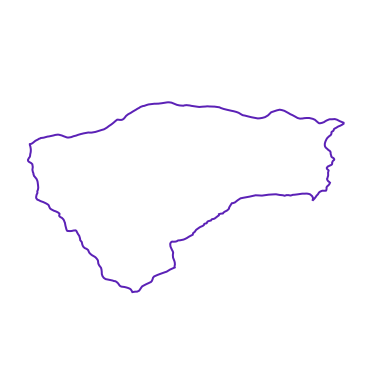 the district of Cabrera, Santander, Colombia, rotated 83°
{"feature_id": "7082276B49425072231481", "entity_name": "Cabrera", "entity_type": "district", "adm_level": 2, "iso_a3": "COL", "parent_name": "Colombia", "parent_adm1": "Santander", "projection": "robinson", "projection_center": [-73.249, 6.569], "detail": "fine", "context": "isolated", "style": "outline", "palette": "violet", "viewbox_px": 384, "rotation_deg": 83, "n_neighbors": 0, "source": "geoboundaries", "source_scale": "gbopen_adm2", "svg_char_len": 6007}
<svg xmlns="http://www.w3.org/2000/svg" viewBox="0 0 384 384"><g transform="rotate(83 192 192)"><path d="M141.7,33.1L139.7,36.7L137.9,39.3L137.0,41.4L136.9,43.6L136.6,46.7L137.3,49.3L137.9,50.9L138.7,52.4L139.2,54.5L139.4,56.7L139.1,57.7L138.0,58.8L135.3,61.2L134.1,63.2L132.8,66.7L132.5,69.4L132.4,71.4L132.5,73.7L132.3,76.0L131.4,78.2L129.6,80.6L127.9,83.0L126.7,85.0L125.5,86.5L124.0,88.6L122.7,90.4L121.7,92.7L121.0,94.9L121.3,97.8L122.5,103.7L123.9,105.5L125.2,107.2L126.6,110.4L127.0,113.1L127.1,115.7L127.0,117.7L125.1,123.7L123.7,127.4L122.6,130.2L121.9,132.4L120.7,134.0L119.1,136.0L118.0,138.1L116.9,140.8L116.1,143.2L114.7,147.1L113.4,150.5L112.1,153.2L111.3,154.4L110.6,157.0L110.0,159.3L109.6,161.9L109.2,164.4L108.8,166.4L108.8,168.1L108.6,171.2L108.5,174.4L107.9,176.7L106.4,182.2L105.9,183.5L105.1,186.9L105.1,189.0L105.3,190.1L104.9,192.1L104.5,194.0L103.6,196.5L102.4,198.6L100.8,201.5L100.4,203.0L100.1,204.3L100.0,205.7L100.2,211.2L100.2,214.8L99.8,218.8L99.8,221.7L99.8,224.5L100.1,226.3L100.7,229.0L100.7,230.2L101.3,232.8L102.0,234.1L102.8,236.2L103.4,237.4L104.9,240.9L106.2,243.6L106.4,244.2L107.0,245.8L108.4,248.1L109.4,249.1L110.1,249.8L110.7,250.5L111.1,251.0L111.5,251.8L111.8,252.8L111.8,253.6L111.6,255.1L111.2,256.5L111.1,257.4L112.0,259.0L112.9,260.3L113.9,261.8L115.1,263.8L116.4,266.4L117.7,268.6L118.6,270.6L119.1,271.9L119.4,274.0L120.0,277.2L120.6,280.5L120.7,282.5L120.8,284.3L120.6,286.2L120.3,287.6L120.4,289.2L120.6,292.5L120.8,294.0L120.9,295.1L121.4,298.2L121.9,300.2L122.2,302.8L122.8,305.2L122.9,307.8L122.8,308.8L122.5,309.7L120.9,312.8L120.0,314.4L119.3,316.2L118.9,317.2L118.7,318.2L118.7,320.8L119.0,322.7L119.4,327.1L119.4,328.7L120.0,332.6L120.0,335.6L120.4,336.4L120.5,337.3L121.1,338.5L121.6,339.9L122.1,341.2L122.8,342.3L124.1,344.4L124.6,345.7L124.7,346.8L124.7,347.1L125.2,347.2L125.6,347.2L126.2,347.1L127.0,346.9L128.9,346.8L130.1,346.8L131.7,347.0L133.3,347.4L134.6,347.9L135.9,348.2L136.9,348.5L137.7,349.0L138.2,349.6L139.2,350.3L140.1,350.9L140.9,350.9L141.5,350.7L141.9,350.4L142.3,350.0L143.8,348.0L145.0,347.1L147.8,347.0L150.5,347.7L152.8,347.5L154.2,347.1L155.0,347.2L155.7,347.0L156.7,346.9L157.5,346.3L158.1,346.0L159.9,344.8L161.8,344.2L163.3,344.0L165.8,344.0L167.1,344.0L169.1,344.1L171.1,344.7L171.9,345.2L172.6,345.5L173.4,345.5L174.2,345.6L174.7,345.9L175.8,346.6L177.9,347.3L178.8,347.4L179.5,347.2L180.2,346.7L180.8,346.4L181.0,345.9L181.5,345.0L182.0,344.3L182.6,343.4L183.9,340.8L185.3,338.6L186.0,337.6L187.2,336.2L187.9,335.8L188.8,335.6L190.1,335.2L191.0,334.9L192.0,333.9L193.8,331.3L194.4,330.0L195.1,328.8L196.2,327.2L197.3,326.2L197.8,326.2L199.2,326.7L199.8,326.6L200.8,325.8L201.8,324.3L203.5,323.0L204.7,322.5L206.1,322.2L206.9,321.9L208.6,321.8L210.1,321.7L213.8,321.2L215.1,320.8L215.5,320.3L215.6,319.6L215.8,318.8L216.0,317.3L216.0,315.9L215.8,314.3L215.9,312.2L216.4,311.6L219.8,310.3L221.7,309.3L224.4,308.8L226.2,308.8L228.3,307.5L230.7,307.3L231.9,307.0L233.0,306.6L234.5,305.4L235.4,303.9L236.0,303.1L237.1,302.1L238.5,301.8L240.0,301.2L241.5,300.0L242.5,299.0L244.0,297.0L245.0,295.8L246.4,294.8L247.8,294.0L248.8,293.7L251.7,293.7L253.7,293.0L254.8,292.3L256.3,291.5L258.0,291.3L260.0,291.3L262.5,291.5L264.5,291.1L266.4,290.1L267.9,288.4L269.3,284.2L270.2,281.6L270.8,280.5L271.2,279.0L272.0,277.9L273.5,276.6L275.1,275.7L275.8,275.4L276.6,274.7L277.3,273.6L278.0,270.8L278.5,269.4L279.3,267.5L280.0,266.2L280.5,265.4L281.3,264.6L282.9,263.8L284.1,263.4L284.0,260.6L284.2,258.5L283.5,256.5L282.3,255.4L281.0,254.3L279.6,253.0L278.8,251.0L277.9,248.6L277.1,246.1L276.3,243.7L275.4,242.7L273.9,241.8L272.3,241.1L271.2,239.9L270.1,236.3L269.4,233.4L268.4,229.0L268.0,226.9L266.3,223.2L264.8,218.3L263.7,218.4L261.9,217.8L260.0,217.7L258.4,217.9L254.8,218.8L252.2,218.7L249.9,218.1L248.6,218.3L247.1,218.9L245.2,219.5L243.5,220.0L241.5,220.0L240.4,219.8L239.5,219.1L239.0,218.4L238.8,217.7L239.0,217.1L239.2,215.3L239.2,214.1L239.0,213.0L238.6,212.2L238.4,211.7L238.4,211.1L238.5,210.0L238.2,206.3L237.8,204.8L237.1,202.8L236.0,200.5L235.4,199.0L234.5,196.5L233.0,195.9L231.7,193.9L230.9,193.3L230.0,192.4L228.2,189.1L227.7,188.0L227.0,185.6L226.3,184.3L225.3,183.8L224.9,182.8L224.9,181.6L224.6,181.1L224.1,180.9L223.2,180.1L222.8,178.6L222.7,177.6L222.6,176.7L221.8,176.0L221.4,175.3L221.4,174.5L221.3,173.5L221.0,172.6L220.0,170.9L219.5,170.1L218.9,169.1L218.6,168.4L218.3,168.1L217.3,168.0L217.0,166.0L217.1,164.4L217.0,163.8L216.4,163.4L215.6,162.1L214.7,159.6L213.7,158.1L213.0,157.3L212.1,157.1L211.1,156.4L209.0,154.7L208.0,153.8L208.0,152.5L207.6,150.7L205.8,147.8L204.2,144.6L204.0,142.1L203.6,135.4L203.0,129.2L204.1,123.0L204.0,116.3L204.3,111.3L204.5,108.9L205.6,105.4L206.3,102.2L207.0,100.5L206.6,98.5L206.9,96.5L207.5,94.7L207.4,93.7L207.1,92.3L207.2,90.5L207.2,87.5L207.1,83.0L207.6,78.1L208.1,76.4L208.7,75.1L210.7,73.3L212.3,72.7L213.3,72.7L214.6,73.2L214.8,72.9L213.6,71.4L212.1,69.9L210.7,68.7L210.2,68.0L209.5,67.2L208.7,66.6L208.1,66.1L207.7,65.6L207.2,64.6L206.8,63.4L206.6,62.3L206.8,61.3L206.9,60.1L207.0,59.4L206.9,58.7L206.5,58.5L205.5,58.1L204.7,58.0L203.8,57.9L203.2,57.4L202.6,56.8L202.2,56.1L201.2,54.9L200.6,54.5L199.6,53.9L198.5,54.8L198.0,55.4L197.0,56.0L196.1,56.3L195.5,56.4L195.0,56.0L193.7,55.5L192.7,55.0L191.9,54.8L190.9,54.7L189.4,54.6L188.1,54.1L187.2,53.8L186.5,54.3L186.0,54.8L185.2,55.3L184.3,55.2L183.2,54.0L183.0,53.1L182.6,52.3L182.4,51.3L181.9,50.1L181.4,49.6L180.8,49.4L180.1,49.4L178.6,48.6L178.0,47.9L177.6,47.2L177.2,46.9L176.5,46.9L175.5,47.5L174.9,48.4L174.4,49.0L173.7,49.4L172.7,49.4L171.9,49.6L171.3,49.7L170.2,49.7L169.6,49.6L168.7,49.8L167.7,50.5L167.1,51.4L165.9,52.3L165.2,53.0L164.1,53.9L163.0,54.4L161.7,54.5L160.3,54.3L159.5,54.0L158.1,53.4L155.9,52.0L155.3,51.5L154.6,50.8L153.9,49.8L153.1,48.7L152.6,47.6L151.8,46.9L151.1,46.5L150.4,46.4L149.7,46.3L149.3,45.9L149.0,45.4L148.7,44.6L148.3,44.1L146.9,43.4L146.4,42.6L145.8,41.0L144.8,38.9L144.3,36.9L143.4,34.5L142.7,33.2L141.7,33.1Z" fill="none" stroke="#5b21b6" stroke-width="2"/></g></svg>